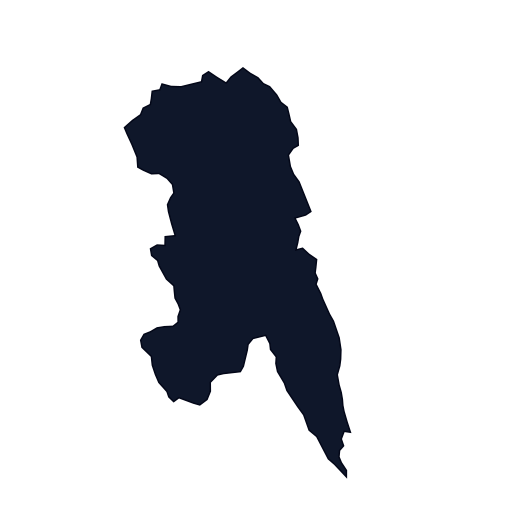 the district of Bom Sucesso de Itararé, São Paulo, Brazil, rotated 294°
{"feature_id": "56859067B48651649714430", "entity_name": "Bom Sucesso de Itararé", "entity_type": "district", "adm_level": 2, "iso_a3": "BRA", "parent_name": "Brazil", "parent_adm1": "São Paulo", "projection": "robinson", "projection_center": [-49.173, -24.325], "detail": "fine", "context": "isolated", "style": "filled", "palette": "ink", "viewbox_px": 512, "rotation_deg": 294, "n_neighbors": 0, "source": "geoboundaries", "source_scale": "gbopen_adm2", "svg_char_len": 1940}
<svg xmlns="http://www.w3.org/2000/svg" viewBox="0 0 512 512"><g transform="rotate(294 256 256)"><path d="M364.3,94.2L357.0,96.5L351.4,97.9L345.2,92.8L338.1,93.1L329.7,88.1L319.8,83.6L315.2,88.5L307.5,97.3L298.1,107.1L289.1,111.9L288.6,118.4L288.6,127.1L292.0,133.9L290.8,143.2L287.4,150.6L280.1,155.4L274.5,154.3L266.9,154.3L261.0,158.0L251.0,166.0L241.7,174.0L236.7,165.2L228.6,168.6L225.8,161.2L219.7,156.7L214.0,160.5L211.9,168.0L207.5,171.7L198.5,183.6L195.4,193.1L190.5,195.8L184.6,199.2L180.6,204.4L176.1,208.8L169.0,209.4L163.8,211.8L158.0,208.8L154.2,201.2L150.1,194.9L143.7,190.3L138.9,185.6L132.2,184.9L126.2,189.0L121.7,201.3L114.1,205.7L107.0,212.2L101.0,218.7L96.0,229.8L91.8,233.7L89.5,240.0L95.2,243.2L96.2,258.7L97.1,265.2L105.0,269.6L113.9,269.3L122.0,265.6L131.6,269.1L135.4,274.1L144.0,288.7L150.1,289.3L166.4,286.3L172.0,284.7L179.4,286.7L187.5,297.1L181.7,304.3L176.5,307.3L172.1,315.6L165.9,317.9L159.2,322.7L151.5,333.6L145.7,339.0L135.2,355.7L130.3,364.2L118.5,375.4L115.8,384.9L100.1,404.6L97.7,412.5L91.0,428.4L96.9,425.8L101.9,418.0L106.2,413.5L112.4,411.4L118.2,413.2L123.5,408.3L131.7,407.8L133.4,413.9L141.4,406.7L149.8,399.6L154.8,396.1L160.0,393.3L165.9,389.4L172.0,384.3L180.6,378.5L189.7,377.2L196.1,375.3L204.9,371.7L215.1,365.2L227.9,353.3L232.7,346.8L243.7,334.5L248.1,330.3L254.6,322.3L260.2,321.7L264.5,316.9L270.1,315.2L277.4,312.8L279.2,303.4L282.0,295.4L277.7,290.0L285.0,288.7L291.4,287.1L296.8,286.7L301.7,281.9L306.5,276.1L313.7,284.7L319.0,288.0L330.6,276.1L341.2,265.2L345.9,257.1L351.7,251.0L361.4,244.5L369.5,246.1L374.3,249.6L381.0,246.3L388.1,241.4L392.8,233.0L399.2,228.2L404.6,224.0L406.5,216.2L411.5,209.4L416.2,199.6L416.4,192.5L419.6,185.3L420.5,176.2L422.5,167.6L416.7,164.5L409.4,160.4L401.8,158.4L403.3,147.3L405.0,137.7L399.2,133.9L393.0,135.4L386.6,127.1L380.1,118.7L376.3,109.4L374.9,100.2L368.7,100.6L364.3,94.2Z" fill="#0f172a" stroke="#020617" stroke-width="1.5"/></g></svg>